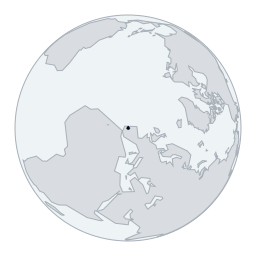 globe centered on Évora, rotated 95°
{"feature_id": "PRT-744", "entity_name": "Évora", "entity_type": "District", "adm_level": 1, "iso_a3": "PRT", "parent_name": "Portugal", "parent_adm1": "", "projection": "orthographic", "projection_center": [-7.866, 38.601], "detail": "fine", "context": "on_globe", "style": "filled", "palette": "ink", "viewbox_px": 256, "rotation_deg": 95, "n_neighbors": 0, "source": "natural_earth", "source_scale": "10m", "svg_char_len": 9641}
<svg xmlns="http://www.w3.org/2000/svg" viewBox="0 0 256 256"><g transform="rotate(95 128 128)"><circle cx="128" cy="128" r="113" fill="#eef3f6" stroke="#a8b0b8"/><path d="M40.4,198.8L34.1,188.5L31.7,184.1L26.9,175.6L20.7,157.4L21.0,153.9L20.3,150.1L22.9,146.9L23.1,138.7L22.4,136.1L21.1,137.3L19.6,127.4L20.2,120.1L21.6,93.8L23.1,89.2L25.2,84.7L36.4,64.2L26.6,80.4L28.9,75.4L32.7,68.7L33.0,68.6L39.0,60.4L42.5,55.6L51.2,47.1L61.0,41.3L58.3,43.5L61.0,42.1L64.5,39.3L66.1,37.8L80.0,31.3L92.2,25.2L93.9,23.3L95.2,23.9L97.0,20.8L102.3,18.8L97.7,21.1L98.2,21.5L102.4,19.9L103.9,20.0L106.8,19.4L108.1,19.7L105.3,21.4L106.2,21.7L109.1,20.7L112.3,20.5L107.9,22.0L113.0,22.0L109.3,25.4L96.3,30.1L95.5,33.2L85.5,41.6L87.7,41.4L85.2,44.9L86.9,46.1L84.5,47.6L87.8,47.4L89.7,45.8L91.7,45.3L92.8,45.9L90.1,47.8L89.1,47.8L88.9,48.7L87.0,49.4L88.6,49.4L85.1,51.8L90.2,50.5L88.7,53.3L86.0,54.7L84.2,53.1L73.3,53.2L70.0,54.6L67.1,57.8L66.0,66.6L63.2,68.8L60.9,73.0L63.4,72.2L66.1,68.8L70.1,68.7L73.0,64.8L75.0,64.3L78.8,61.1L80.4,63.2L80.0,67.1L77.0,69.9L76.7,71.8L81.4,70.6L77.5,77.7L78.0,85.6L76.8,87.5L71.1,87.9L66.5,83.8L59.2,85.5L66.2,86.2L63.0,91.2L63.4,92.9L64.8,93.8L66.9,92.7L66.3,94.9L59.1,94.7L59.6,92.7L61.9,92.7L59.7,90.9L54.9,91.3L53.6,94.1L47.6,92.6L46.6,94.7L44.8,95.7L46.7,92.4L43.1,98.4L35.9,99.1L30.8,109.6L33.4,99.0L32.8,95.5L31.6,92.5L30.7,94.1L30.4,88.6L28.0,88.1L23.9,94.4L21.4,101.9L22.1,107.0L23.8,105.1L25.1,107.9L21.0,114.4L22.8,121.7L20.8,127.8L20.9,133.0L22.6,135.1L24.1,139.7L26.2,138.0L29.2,139.2L28.2,144.7L30.7,141.6L31.8,146.1L38.4,152.2L37.7,153.0L43.1,164.4L50.7,172.4L52.5,177.4L51.4,179.2L54.5,181.6L54.5,183.2L68.2,191.9L76.5,198.5L77.0,203.5L71.8,206.7L71.0,215.5L62.6,214.0L63.1,216.8L61.2,218.1L55.8,214.2L60.1,217.8L59.5,217.4L52.6,211.7L46.3,205.5L40.4,198.8ZM29.1,112.6L31.2,124.0L28.5,120.8L29.3,120.7L29.1,117.0L28.1,112.1L26.1,109.7L29.1,112.6ZM33.4,110.2L32.9,108.6L33.6,109.7L33.4,110.2ZM66.6,37.3L64.4,39.3L60.7,41.9L62.4,40.2L66.6,37.3ZM73.8,32.9L73.2,33.7L70.3,34.8L71.5,34.0L73.8,32.9ZM94.8,22.2L92.7,23.1L94.3,22.2L94.8,22.2ZM106.9,19.3L107.0,19.1L108.5,18.9L106.9,19.3ZM77.6,60.2L78.1,60.6L77.2,61.0L77.6,60.2ZM78.7,58.4L77.1,58.5L77.4,57.7L78.4,57.7L78.7,58.4ZM111.9,19.3L114.2,19.2L111.4,19.5L111.9,19.3ZM80.5,58.6L78.1,56.3L78.7,55.0L82.7,53.7L80.5,58.6ZM115.2,19.3L120.7,19.4L121.5,18.8L122.5,20.8L117.4,19.9L113.9,20.4L115.6,19.8L115.2,19.3ZM89.7,45.1L87.9,46.7L88.4,44.8L89.7,45.1ZM89.6,44.0L88.3,39.2L91.6,37.3L91.4,39.2L94.9,36.3L97.1,37.7L95.7,39.5L93.1,40.5L96.0,40.3L89.6,44.0ZM122.1,22.1L123.0,22.5L121.5,22.4L122.1,22.1ZM92.6,44.9L92.0,44.0L94.9,42.2L96.5,43.7L95.0,43.8L92.6,44.9ZM94.7,35.0L97.1,34.1L99.6,34.8L100.8,34.6L97.5,37.5L94.7,35.0ZM95.0,44.5L97.3,44.5L96.9,45.9L93.3,45.6L95.0,44.5ZM94.9,41.2L96.3,40.5L96.1,41.3L94.9,41.2ZM97.1,51.5L96.3,50.4L97.8,49.3L97.1,51.5ZM98.1,44.3L98.2,43.8L98.7,43.3L100.1,43.6L98.1,44.3ZM99.5,38.0L100.0,38.6L101.0,36.8L102.9,37.5L100.3,39.4L102.2,38.8L102.8,39.0L100.0,40.4L99.5,38.0ZM103.0,42.5L100.3,45.4L101.4,47.7L100.1,48.7L98.7,44.8L103.0,42.5ZM101.5,41.1L102.1,42.1L100.3,42.7L98.7,42.4L101.5,41.1ZM105.1,37.3L102.9,35.8L103.5,35.4L105.1,37.3ZM103.7,43.0L104.3,42.3L103.9,43.1L103.7,43.0ZM105.1,38.9L104.2,38.3L105.0,37.9L105.1,38.9ZM106.3,41.4L105.4,42.3L104.3,42.1L106.3,41.4ZM106.0,40.2L107.3,39.8L104.4,41.5L105.5,40.0L106.0,40.2ZM105.9,38.6L106.1,38.2L106.2,38.9L105.9,38.6ZM111.0,42.0L107.6,44.2L105.2,43.6L108.7,41.5L111.0,42.0ZM194.3,37.0L196.2,38.4L193.6,36.5L198.7,40.4L199.6,41.1L198.7,40.3L205.0,45.8L210.9,51.8L216.3,58.1L221.3,64.8L225.7,71.9L229.6,79.3L232.9,87.0L233.9,89.6L232.6,86.4L230.5,83.5L232.4,90.2L236.3,106.0L238.7,114.9L239.2,121.4L235.1,113.9L231.5,106.7L231.1,109.9L225.9,107.4L220.2,116.3L218.4,114.9L217.5,117.7L213.7,118.5L210.6,116.0L208.7,118.2L216.8,124.6L218.7,122.3L218.9,116.2L220.9,119.2L224.4,119.3L224.0,132.3L213.8,151.6L211.2,145.4L195.2,132.3L194.7,129.8L194.6,129.5L194.3,129.1L194.5,133.6L191.2,130.7L201.5,141.3L203.9,146.7L213.7,152.1L213.2,153.8L215.9,154.1L222.4,145.1L222.8,147.4L220.7,161.1L210.2,182.9L210.7,190.3L208.4,197.6L199.8,206.4L198.5,210.6L193.8,214.4L192.2,216.9L187.3,221.0L179.8,225.7L169.2,229.6L170.2,227.9L167.3,225.6L164.0,216.7L168.4,210.3L168.1,205.9L160.3,197.0L162.1,190.1L159.6,187.9L154.7,189.5L151.6,186.7L148.5,187.1L127.8,191.4L120.5,187.1L109.5,172.6L112.6,166.7L111.5,159.6L131.1,133.6L137.1,134.5L154.7,127.9L157.3,128.3L157.2,134.5L172.1,137.7L174.5,131.7L185.9,131.1L192.2,127.7L190.8,116.0L180.5,121.3L176.7,117.0L183.3,108.3L192.0,103.8L190.8,102.1L183.6,100.8L183.9,95.9L180.9,100.0L183.4,101.2L181.6,103.9L179.2,103.1L179.4,101.3L176.3,101.8L176.2,110.5L178.7,112.7L171.6,117.3L175.1,121.5L173.8,124.6L167.4,118.8L166.7,116.0L156.2,110.7L156.3,114.0L166.2,119.3L163.9,119.5L164.1,124.4L162.1,120.8L151.2,114.6L143.7,118.3L137.0,131.5L132.0,133.2L126.4,131.4L125.8,119.3L137.1,117.0L137.1,113.1L132.2,108.2L136.1,108.1L135.5,105.9L139.6,104.9L142.7,98.8L146.4,97.4L145.3,90.7L147.0,89.2L147.2,93.5L149.3,95.9L158.3,92.7L159.3,90.8L157.8,86.8L160.5,86.6L157.9,83.2L161.9,79.8L154.9,81.2L152.9,77.0L154.0,72.9L152.1,71.9L150.4,78.7L150.8,81.3L153.2,83.0L153.3,90.8L150.7,92.9L145.9,86.1L141.7,88.5L139.8,82.5L145.7,67.0L149.4,63.0L160.6,64.4L161.1,67.3L157.3,68.2L163.0,70.9L161.5,69.0L163.7,69.0L162.4,65.3L163.9,65.2L160.1,62.1L161.8,61.5L164.2,63.4L163.7,58.0L166.6,56.0L165.8,54.9L164.1,54.3L168.8,52.5L168.0,51.8L166.1,52.0L163.3,50.8L160.1,48.1L161.9,47.7L163.3,48.6L169.0,50.0L172.4,52.7L172.9,52.3L170.3,49.8L163.4,48.1L161.0,46.6L164.2,47.0L162.8,46.7L162.2,45.9L163.3,44.6L159.7,44.1L150.2,36.3L151.4,33.5L155.3,34.5L150.6,29.5L152.2,27.4L150.5,27.5L147.1,25.7L146.5,26.3L145.4,26.2L136.4,22.4L135.7,21.4L129.8,20.5L128.9,20.6L129.1,21.3L122.5,20.8L121.5,18.8L123.6,18.5L121.5,17.6L126.6,17.2L129.8,16.6L136.4,17.0L138.4,16.7L137.4,16.5L139.3,16.2L146.8,16.9L145.2,17.4L134.9,17.8L139.5,17.5L139.8,18.0L142.3,18.3L145.5,18.3L145.0,18.0L156.9,21.2L167.2,23.7L163.2,21.8L163.3,21.4L171.4,24.1L173.2,24.8L180.5,28.3L187.6,32.4L194.3,37.0ZM126.6,147.1L126.6,149.4L126.6,147.1ZM202.9,104.6L207.1,101.2L202.3,96.3L203.5,94.7L201.5,93.8L202.0,96.0L196.5,93.0L197.3,89.5L195.3,87.1L193.8,88.2L193.3,95.2L201.1,99.3L201.4,102.9L202.9,104.6ZM38.7,152.3L39.4,154.1L38.2,153.2L38.7,152.3ZM27.4,122.5L28.2,124.1L28.4,125.7L27.6,124.9L27.4,122.5ZM36.2,134.1L37.5,136.1L35.8,135.0L36.2,134.1ZM31.8,125.6L35.1,132.7L31.9,131.2L29.9,126.8L31.7,128.5L31.8,125.6ZM31.4,112.7L31.8,114.0L31.1,114.7L31.4,112.7ZM33.9,111.0L33.6,110.7L33.8,109.5L33.9,111.0ZM63.4,91.2L63.9,91.3L65.1,92.6L63.9,92.7L63.4,91.2ZM74.4,94.4L73.1,98.0L73.2,95.4L71.2,96.2L68.9,92.0L76.0,88.2L73.2,90.5L74.4,94.4ZM67.7,85.7L68.4,88.5L67.4,85.6L67.7,85.7ZM128.3,96.0L130.5,97.0L130.2,99.7L125.4,102.2L125.9,98.3L128.3,96.0ZM133.7,98.0L130.2,90.9L133.0,89.3L132.0,91.3L134.2,91.0L133.2,94.2L139.3,99.9L139.4,102.7L130.6,105.4L133.5,102.9L131.1,101.9L133.7,98.0ZM116.3,78.1L114.8,75.7L122.8,75.2L123.3,77.5L118.6,80.0L115.3,78.7L116.3,78.1ZM88.1,57.1L87.0,56.7L87.8,56.1L89.4,55.9L88.1,57.1ZM96.6,51.1L93.7,58.5L92.3,58.4L92.2,63.3L88.5,64.8L88.7,61.5L85.8,66.5L84.5,64.2L82.9,67.7L83.7,60.2L82.4,58.5L85.2,59.8L88.6,58.4L89.7,57.2L91.8,52.9L90.7,48.8L93.9,47.0L96.5,46.9L97.3,47.6L94.9,48.4L97.6,48.8L94.8,50.6L96.6,51.1ZM124.8,49.3L121.8,49.5L126.7,51.6L123.9,53.0L124.7,53.1L123.5,55.1L123.3,57.8L121.8,58.1L122.4,59.1L121.6,60.5L121.9,61.9L119.2,63.1L119.4,65.0L118.0,64.5L119.0,67.5L117.1,65.9L115.9,67.7L118.4,68.3L103.2,72.7L98.4,76.2L95.4,80.2L92.5,77.2L93.4,71.7L96.5,65.7L101.6,63.0L99.4,62.2L101.2,60.8L102.2,61.9L101.7,59.3L103.4,58.4L106.2,53.9L104.4,50.9L105.3,49.3L106.9,50.0L106.8,47.9L110.4,48.4L111.2,47.3L115.6,46.8L118.2,49.1L118.9,47.7L122.3,47.4L124.8,49.3ZM112.2,41.9L116.0,44.1L116.3,46.0L108.5,46.2L107.3,47.1L102.3,47.5L101.9,44.8L103.4,44.9L104.7,44.4L104.3,45.4L105.6,44.2L107.7,44.4L109.3,43.5L110.1,44.4L112.2,41.9ZM158.9,125.5L160.7,125.2L163.1,124.2L163.3,127.4L158.9,125.5ZM151.5,121.3L152.9,120.5L154.3,124.3L152.5,124.7L151.5,121.3ZM152.4,117.0L152.8,120.2L151.6,118.7L152.4,117.0ZM148.4,92.6L149.7,91.7L150.3,92.5L150.2,94.1L148.4,92.6ZM138.9,56.8L137.1,56.4L137.2,55.8L134.4,53.4L136.2,52.3L138.6,53.3L138.9,56.8ZM189.8,118.8L188.7,121.8L187.4,121.3L188.0,120.4L189.8,118.8ZM175.9,125.2L179.6,125.2L175.9,126.1L175.9,125.2ZM140.4,55.3L139.0,54.4L140.8,54.4L140.4,55.3ZM137.4,51.4L139.2,51.2L136.1,51.9L137.4,51.4ZM220.5,186.7L211.6,201.7L208.3,204.5L209.3,201.9L213.6,193.8L217.9,188.6L220.5,183.7L220.5,186.7ZM238.9,115.4L239.9,118.7L240.0,121.0L238.9,115.4ZM154.0,46.5L155.9,50.9L158.5,53.7L161.8,54.6L157.9,55.3L154.0,51.0L154.0,46.5ZM150.5,37.5L147.6,37.1L148.3,36.2L149.0,36.2L150.5,37.5ZM149.2,38.0L146.7,39.4L144.6,38.4L147.0,37.5L149.2,38.0ZM143.7,46.9L144.1,48.2L142.7,48.1L143.7,46.9ZM166.5,22.1L162.1,21.2L160.3,20.8L162.1,20.7L163.6,21.2L165.3,21.7L166.5,22.1ZM123.8,22.1L123.1,22.4L122.9,22.0L123.8,22.1ZM145.2,26.6L143.7,26.5L143.5,25.9L145.2,26.6ZM139.4,26.0L140.6,26.7L138.6,26.1L139.4,26.0ZM143.5,28.6L140.8,27.1L144.5,28.3L143.5,28.6Z" fill="#d9dde1" stroke="#a8b0b8" stroke-width="1"/><path d="M129.0,127.7L128.9,127.7L128.9,127.8L128.9,128.0L128.8,128.3L129.0,128.6L129.1,128.8L129.0,128.7L128.9,128.6L128.7,128.6L128.6,128.8L128.4,128.8L128.2,128.7L127.9,128.6L127.7,128.6L127.4,128.5L127.3,128.4L127.3,128.2L127.2,128.1L126.9,128.1L126.8,127.9L127.0,127.8L127.0,127.7L127.3,127.5L127.5,127.6L127.4,127.4L127.4,127.2L127.5,127.2L127.6,127.3L127.7,127.2L127.8,127.3L128.0,127.4L128.3,127.4L128.5,127.3L128.5,127.2L128.6,127.3L128.7,127.5L128.8,127.6L129.0,127.5L129.0,127.7Z" fill="#0f172a" stroke="#020617" stroke-width="1.5"/></g></svg>